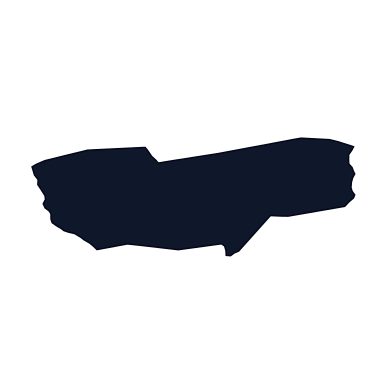 Belém do Piauí, Piauí, Brazil (Albers equal-area conic projection), rotated 97°
{"feature_id": "56859067B25212640254250", "entity_name": "Belém do Piauí", "entity_type": "district", "adm_level": 2, "iso_a3": "BRA", "parent_name": "Brazil", "parent_adm1": "Piauí", "projection": "albers", "projection_center": [-40.98, -7.39], "detail": "fine", "context": "isolated", "style": "filled", "palette": "ink", "viewbox_px": 384, "rotation_deg": 97, "n_neighbors": 0, "source": "geoboundaries", "source_scale": "gbopen_adm2", "svg_char_len": 1000}
<svg xmlns="http://www.w3.org/2000/svg" viewBox="0 0 384 384"><g transform="rotate(97 192 192)"><path d="M182.8,35.2L178.2,31.0L175.0,30.2L171.7,33.3L168.2,34.8L162.7,35.0L158.2,34.3L154.2,32.7L151.5,34.5L148.3,36.1L144.9,39.9L140.3,40.6L135.8,41.1L131.2,38.6L127.4,37.2L124.4,53.0L123.3,61.8L125.3,90.4L127.4,97.3L129.6,104.1L150.8,171.0L163.3,215.0L167.4,229.0L164.9,231.8L161.5,236.5L155.8,241.5L153.5,244.0L162.3,295.3L163.3,300.9L165.5,306.6L171.4,322.3L178.8,341.7L183.5,349.8L186.5,353.8L194.3,350.4L198.5,346.2L203.4,345.9L208.8,341.3L213.6,337.4L217.3,336.5L221.8,338.2L225.7,335.8L228.0,331.7L230.7,329.3L236.2,328.6L239.5,327.0L242.0,322.3L244.1,317.4L245.9,314.4L246.9,309.5L247.5,303.5L250.7,296.3L252.5,293.5L255.2,287.1L257.6,283.4L260.7,279.3L251.4,249.8L251.2,239.0L250.9,198.6L239.8,156.4L241.6,153.0L246.1,151.1L250.7,150.3L250.5,146.0L247.1,142.4L245.0,138.6L205.8,111.3L205.0,100.9L204.2,93.6L187.6,38.7L182.8,35.2Z" fill="#0f172a" stroke="#020617" stroke-width="1.5"/></g></svg>